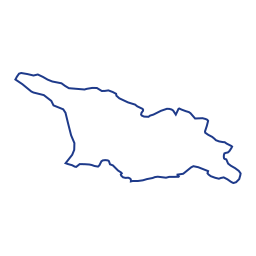 the border of Georgia
{"feature_id": "GEO", "entity_name": "Georgia", "entity_type": "country or territory", "adm_level": 0, "iso_a3": "GEO", "parent_name": "Asia", "parent_adm1": "", "projection": "equal_earth", "projection_center": [43.852, 42.32], "detail": "fine", "context": "isolated", "style": "outline", "palette": "blue", "viewbox_px": 256, "rotation_deg": 0, "n_neighbors": 0, "source": "natural_earth", "source_scale": "50m", "svg_char_len": 2022}
<svg xmlns="http://www.w3.org/2000/svg" viewBox="0 0 256 256"><path d="M130.9,181.4L131.0,180.6L130.7,179.2L129.7,178.3L128.2,177.7L125.5,177.9L123.0,177.3L121.2,175.6L120.8,174.4L121.8,173.3L121.1,172.5L118.0,170.5L112.9,165.4L110.0,164.3L108.9,161.1L107.8,160.4L105.3,160.1L102.8,160.4L102.2,160.8L101.4,161.3L99.4,165.3L98.0,166.6L94.5,166.0L91.7,165.0L89.3,164.5L84.8,164.2L79.7,164.1L76.2,166.9L74.7,166.6L72.1,165.2L67.8,164.0L65.6,163.2L72.2,154.8L74.2,149.9L74.3,146.9L74.4,143.1L71.1,135.3L68.3,124.3L65.5,112.8L63.2,109.3L53.5,105.4L51.3,100.9L43.8,95.1L33.4,92.5L31.3,91.5L22.4,84.2L15.4,79.5L16.9,76.7L19.0,73.7L21.2,73.0L27.6,74.1L33.5,75.5L37.8,74.5L42.9,76.9L47.6,79.6L52.3,81.5L61.5,83.3L64.9,85.8L68.9,88.2L84.6,89.5L85.8,89.1L87.0,88.8L92.3,87.9L96.9,88.0L101.8,91.0L105.0,90.9L108.4,90.4L112.7,92.0L116.1,93.8L116.4,95.7L119.3,98.3L128.0,102.4L135.1,104.6L137.2,106.3L142.6,108.9L143.1,109.8L143.0,110.8L141.5,112.8L141.1,114.6L141.8,115.6L144.1,116.6L148.5,116.8L150.1,115.6L153.4,114.6L156.6,113.0L161.0,110.8L166.9,108.8L169.3,108.9L171.6,109.5L173.2,110.6L175.8,114.6L178.5,108.9L179.2,108.5L181.6,109.6L185.9,111.2L188.9,112.1L190.5,113.2L195.1,118.5L202.5,118.2L205.6,119.0L207.3,119.8L208.1,120.9L206.8,126.0L205.0,131.4L205.2,132.7L208.2,134.8L212.2,136.9L214.4,138.7L215.9,140.2L219.1,141.4L222.9,142.1L224.7,142.2L226.5,143.5L231.4,146.0L232.1,146.6L231.3,148.2L229.4,151.1L227.8,152.5L226.1,152.8L224.4,153.4L223.9,155.0L223.8,157.0L224.1,158.4L224.6,158.9L226.3,159.4L228.1,163.6L230.8,165.7L235.0,168.1L238.8,170.9L240.6,173.4L240.3,175.2L239.2,179.1L236.1,182.2L233.5,183.0L232.6,182.7L230.8,181.7L227.4,179.3L223.7,177.4L220.8,178.0L218.9,178.7L215.2,177.8L210.8,176.2L208.5,174.5L207.5,173.3L208.1,171.1L198.2,167.2L193.4,166.2L191.2,167.3L183.9,173.2L183.1,173.8L177.5,174.6L177.5,175.1L178.8,176.4L178.5,176.8L169.1,176.9L166.0,177.7L157.7,176.7L154.9,177.1L152.6,178.0L146.9,179.1L142.9,180.3L137.9,181.0L132.7,181.0L130.9,181.4Z" fill="none" stroke="#1e3a8a" stroke-width="2"/></svg>